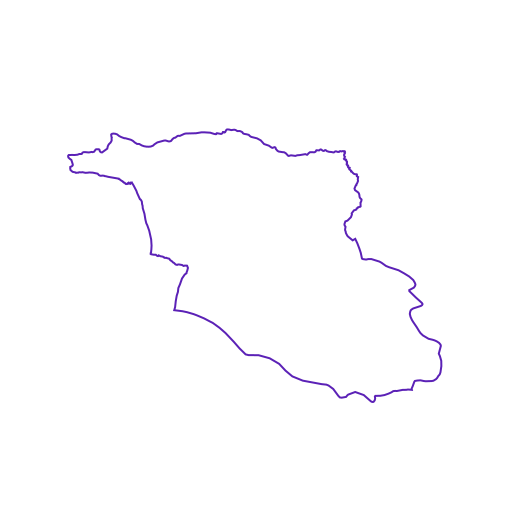 the district of Patate, Tungurahua, Ecuador, rotated 102°
{"feature_id": "8360857B3185299233317", "entity_name": "Patate", "entity_type": "district", "adm_level": 2, "iso_a3": "ECU", "parent_name": "Ecuador", "parent_adm1": "Tungurahua", "projection": "equal_earth", "projection_center": [-78.456, -1.283], "detail": "fine", "context": "isolated", "style": "outline", "palette": "violet", "viewbox_px": 512, "rotation_deg": 102, "n_neighbors": 0, "source": "geoboundaries", "source_scale": "gbopen_adm2", "svg_char_len": 6103}
<svg xmlns="http://www.w3.org/2000/svg" viewBox="0 0 512 512"><g transform="rotate(102 256 256)"><path d="M354.5,75.7L353.4,76.2L350.5,75.6L346.1,75.0L345.2,74.6L344.3,72.4L343.4,69.3L343.4,65.8L343.2,63.8L341.8,58.2L341.1,56.5L338.9,54.2L337.5,53.4L335.4,52.7L334.3,52.0L333.2,51.6L331.3,51.4L325.2,51.8L320.0,53.0L315.7,55.3L313.5,56.9L305.5,56.5L304.3,57.1L302.9,58.9L301.9,61.5L301.4,63.8L301.2,65.8L301.1,70.0L299.0,76.2L297.2,79.1L295.3,81.1L292.3,83.9L287.7,88.7L286.1,90.2L283.4,92.2L280.7,93.5L278.7,93.6L277.1,93.4L276.2,92.9L274.6,91.3L270.6,84.4L269.9,83.7L269.4,83.3L268.4,83.1L267.4,84.0L263.3,91.1L258.5,98.7L257.5,99.0L254.1,95.0L252.2,94.2L250.9,94.1L250.2,94.4L249.0,95.2L246.8,97.2L244.2,101.9L242.2,107.5L240.3,113.6L239.3,123.5L238.7,126.8L236.5,131.8L235.8,134.1L235.0,142.6L235.6,145.4L236.6,147.6L236.8,150.8L236.5,151.8L231.1,154.2L227.5,156.3L222.7,159.4L218.6,162.5L220.6,164.7L217.8,170.1L217.1,171.0L214.9,172.8L214.3,173.1L213.8,173.2L212.2,174.2L211.4,174.4L208.8,174.5L207.7,175.6L206.9,176.0L206.3,176.1L203.6,175.8L202.4,173.9L198.3,171.2L195.5,170.8L194.4,171.3L191.0,169.7L190.0,167.9L189.6,167.5L188.5,167.4L188.0,166.6L187.3,166.5L186.6,165.3L186.1,164.2L185.7,164.0L182.0,164.9L181.1,164.5L179.1,164.4L178.6,164.7L177.8,166.1L176.7,167.0L174.8,167.6L173.5,168.3L172.6,169.2L171.0,172.8L170.7,173.0L169.5,173.7L166.8,173.2L166.4,173.1L165.9,172.6L165.1,172.8L164.3,172.3L161.4,171.8L159.8,172.4L157.5,172.5L157.1,173.9L155.7,174.1L155.2,174.3L155.1,174.5L155.4,175.3L155.3,177.2L154.8,178.2L153.8,179.6L153.6,180.6L152.8,180.6L151.9,182.6L151.5,183.0L151.2,183.1L150.7,182.7L150.3,182.6L150.1,182.9L150.1,184.3L149.1,184.9L148.4,184.7L148.2,184.9L148.1,185.7L147.9,186.1L147.5,186.4L146.7,186.2L146.3,186.5L146.1,186.3L144.8,186.6L143.8,188.0L143.4,187.7L143.2,187.8L142.9,188.3L143.0,189.5L143.0,189.8L142.7,190.1L142.3,189.8L141.0,189.9L140.5,189.6L139.6,190.6L139.1,190.8L138.3,190.9L137.3,190.4L136.6,190.9L135.9,190.5L135.5,190.7L135.4,191.1L135.1,191.2L135.4,193.1L136.0,194.3L135.9,195.3L136.1,195.8L136.4,196.2L136.9,196.4L137.2,197.5L137.0,199.4L137.2,200.2L138.5,201.4L138.6,202.0L138.6,203.8L138.9,206.3L138.7,208.5L138.2,209.3L138.0,210.0L138.1,210.5L139.0,211.3L139.2,211.9L139.1,212.7L138.3,214.4L138.4,215.2L139.6,216.2L140.0,218.9L141.7,219.5L142.4,220.5L143.2,224.7L144.5,225.9L146.3,226.9L146.4,227.3L146.1,228.9L148.2,234.2L148.9,236.6L149.9,238.3L150.2,242.3L150.4,243.1L151.3,244.7L151.3,245.3L149.2,248.4L148.7,250.1L148.9,251.6L149.1,255.5L148.7,256.8L147.2,258.8L146.2,259.3L145.8,259.7L145.7,260.6L146.8,262.3L146.7,263.3L145.4,266.4L144.8,271.4L141.9,275.4L140.7,279.5L140.5,285.4L139.9,287.0L139.0,288.3L138.9,290.6L139.0,292.6L138.9,293.7L138.5,294.5L138.0,294.8L137.7,295.2L137.2,297.1L137.2,298.2L137.7,300.2L137.0,302.2L137.0,303.6L138.0,306.4L137.9,308.7L138.2,310.6L138.7,311.1L139.3,311.4L141.3,311.9L141.7,312.5L141.4,313.0L141.6,314.1L142.8,314.3L143.7,315.2L143.9,316.0L144.0,319.8L144.4,320.2L145.0,320.2L145.2,320.5L145.3,322.2L144.9,326.4L145.8,332.4L146.4,335.1L148.4,340.2L150.8,350.2L151.4,351.5L154.3,355.4L154.6,357.0L154.9,357.7L157.0,359.5L157.4,360.5L158.0,361.2L159.4,362.2L161.0,362.9L161.8,364.1L162.1,365.3L161.8,368.4L162.2,369.9L165.4,376.1L167.8,378.5L169.5,379.7L170.8,381.7L171.4,383.6L171.8,385.9L171.9,388.4L171.6,390.7L170.7,393.5L171.1,395.6L170.2,398.1L169.0,400.3L168.5,401.9L168.3,402.8L168.0,407.8L168.0,408.8L168.2,409.2L167.7,412.5L167.1,414.8L165.9,417.2L165.7,419.1L165.9,420.9L166.4,422.2L167.0,422.8L167.4,422.9L169.4,422.2L170.0,421.7L170.4,421.8L173.1,421.2L174.3,421.5L175.4,421.9L177.0,423.0L178.2,423.5L179.7,423.8L181.9,423.8L186.7,428.1L186.8,429.1L186.3,430.2L185.7,430.7L184.5,431.3L184.3,431.9L184.8,434.3L185.2,435.0L187.6,436.0L188.4,437.4L188.4,438.5L189.2,440.3L189.5,441.2L189.9,444.6L190.3,446.3L191.0,447.2L192.4,447.7L192.6,448.4L192.9,449.8L193.3,450.6L194.0,451.6L194.9,454.3L195.4,457.0L196.2,460.2L197.2,460.6L198.3,460.2L198.8,459.8L199.7,458.3L200.4,456.6L203.7,454.7L205.0,454.1L205.8,454.3L206.5,454.8L207.5,456.2L209.1,455.9L210.5,455.3L211.8,452.9L211.8,450.0L212.0,449.7L212.1,449.3L211.7,448.5L211.4,447.1L210.9,446.5L210.4,443.8L210.1,443.2L210.1,440.1L209.4,437.6L209.0,436.7L208.4,433.0L208.4,428.0L209.5,426.5L209.8,425.4L209.8,424.4L209.3,423.0L209.1,421.3L209.3,420.7L209.2,419.5L209.3,417.0L208.9,406.4L209.2,406.3L209.3,405.4L209.9,404.3L210.5,402.8L210.6,402.1L211.1,401.7L211.2,401.0L211.7,400.5L211.7,399.6L212.3,398.9L212.6,398.3L212.4,397.9L212.5,397.3L212.0,396.3L211.4,396.5L210.7,395.8L211.5,394.7L211.6,394.0L211.2,393.8L210.3,393.8L210.3,393.6L210.6,393.4L210.7,393.0L210.5,392.8L210.1,392.6L212.7,390.2L217.2,386.5L219.2,385.3L224.1,381.7L224.6,381.3L224.6,380.9L225.3,380.0L226.5,379.0L229.2,378.1L230.4,377.4L232.8,376.7L237.9,373.9L243.5,371.7L246.8,370.1L248.6,368.7L253.5,365.7L261.6,362.0L267.6,360.3L271.5,359.7L274.5,359.4L274.8,359.6L275.9,359.5L276.1,359.0L276.0,356.2L275.6,354.3L276.3,353.0L276.5,352.1L276.4,351.7L275.6,351.3L276.1,349.5L276.0,347.0L276.5,345.9L276.4,345.7L276.7,345.4L276.8,344.8L276.4,343.2L276.6,342.6L276.7,340.3L277.9,339.0L278.7,337.0L279.5,335.9L279.9,334.6L280.9,333.1L281.1,332.3L281.1,331.3L280.5,330.5L280.3,329.6L280.2,327.6L280.2,326.3L280.8,324.8L280.4,324.0L280.2,323.8L279.8,321.9L279.8,321.4L281.8,320.1L284.5,320.2L286.6,320.5L287.3,320.4L289.0,321.9L293.4,323.7L299.6,324.5L303.5,325.3L307.3,324.9L311.3,325.3L316.9,325.1L322.8,324.5L326.0,324.7L325.3,316.4L325.3,311.8L325.8,305.1L326.3,301.7L327.8,293.9L329.8,286.8L330.4,284.5L333.8,276.8L337.7,269.8L344.6,259.8L349.8,252.9L354.4,245.7L354.5,242.6L352.5,232.9L353.2,221.4L356.7,210.9L362.0,203.3L366.2,195.4L368.2,184.3L367.7,165.2L367.2,160.4L367.6,158.1L370.0,152.8L375.6,146.5L376.9,144.6L376.8,142.8L375.1,138.6L373.3,137.7L372.4,137.0L368.4,130.7L369.6,121.7L374.3,113.3L374.6,112.1L374.5,111.4L374.2,110.7L372.6,109.9L370.7,109.8L368.7,110.5L368.0,110.2L366.9,105.4L365.3,101.4L363.1,97.8L361.2,95.2L359.6,93.6L359.0,91.7L358.8,90.2L356.5,84.8L355.6,81.0L355.0,79.6L354.5,75.7Z" fill="none" stroke="#5b21b6" stroke-width="2"/></g></svg>